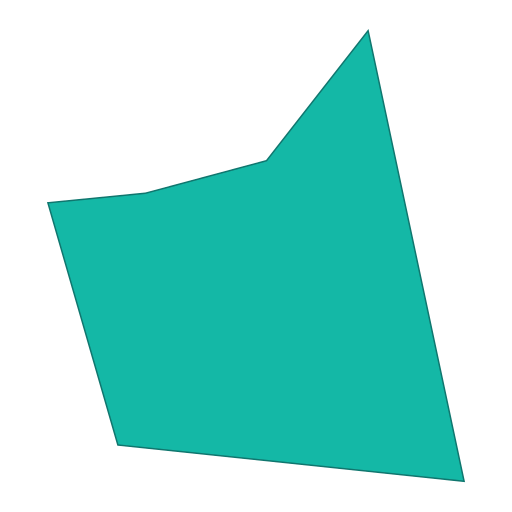 SVG path tracing the border of Saint John Figtree
{"feature_id": "KNA-5105", "entity_name": "Saint John Figtree", "entity_type": "Parish", "adm_level": 1, "iso_a3": "KNA", "parent_name": "Saint Kitts and Nevis", "parent_adm1": "", "projection": "equal_earth", "projection_center": [-62.592, 17.123], "detail": "fine", "context": "isolated", "style": "filled", "palette": "teal", "viewbox_px": 512, "rotation_deg": 0, "n_neighbors": 0, "source": "natural_earth", "source_scale": "10m", "svg_char_len": 214}
<svg xmlns="http://www.w3.org/2000/svg" viewBox="0 0 512 512"><path d="M464.1,481.3L117.9,445.0L47.9,202.8L145.6,193.2L266.5,160.7L368.1,30.7L464.1,481.3Z" fill="#14b8a6" stroke="#0f766e" stroke-width="1.5"/></svg>